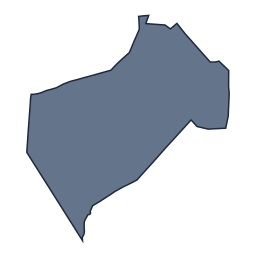 Magdalena Peñasco, Oaxaca, Mexico
{"feature_id": "50627088B16316446425098", "entity_name": "Magdalena Peñasco", "entity_type": "district", "adm_level": 2, "iso_a3": "MEX", "parent_name": "Mexico", "parent_adm1": "Oaxaca", "projection": "robinson", "projection_center": [-97.559, 17.235], "detail": "fine", "context": "isolated", "style": "filled", "palette": "slate", "viewbox_px": 256, "rotation_deg": 0, "n_neighbors": 0, "source": "geoboundaries", "source_scale": "gbopen_adm2", "svg_char_len": 1124}
<svg xmlns="http://www.w3.org/2000/svg" viewBox="0 0 256 256"><path d="M31.2,94.3L30.6,98.2L30.1,105.9L29.8,109.8L29.5,113.7L29.3,116.6L28.4,128.7L26.8,152.3L27.3,153.2L44.7,180.7L55.3,197.5L82.5,240.6L82.4,238.8L82.3,237.2L83.0,236.1L83.6,235.1L84.1,233.4L84.4,231.1L84.3,229.1L84.1,227.2L84.2,225.4L84.2,224.1L84.2,222.6L84.5,221.2L85.3,219.4L85.9,218.4L87.9,214.7L89.8,214.4L90.5,213.0L90.6,212.9L90.1,211.5L90.8,210.0L92.5,206.0L92.6,205.7L100.2,201.2L111.1,194.1L114.9,191.5L122.8,187.1L131.6,182.8L136.8,180.1L154.5,160.5L166.9,146.5L183.7,128.1L190.2,120.9L191.1,120.0L197.0,126.5L208.1,129.1L225.7,128.2L228.2,116.2L229.2,93.8L228.6,86.6L228.7,70.5L218.9,61.1L215.6,62.0L210.2,62.0L208.5,60.1L206.2,57.5L202.6,53.5L184.9,33.5L176.9,23.4L170.4,28.9L165.0,25.0L145.8,23.6L148.7,15.4L142.7,15.9L140.5,16.2L138.6,16.4L138.8,17.8L139.2,26.1L139.3,29.3L136.0,36.9L134.5,40.2L130.9,48.9L129.4,52.5L121.3,59.8L117.3,63.5L112.8,68.2L111.0,70.2L102.4,72.6L84.3,77.6L76.4,79.8L70.3,81.4L63.2,84.1L56.5,87.7L50.4,89.5L46.6,90.5L41.2,92.7L38.0,93.6L33.1,94.4L31.2,94.3Z" fill="#64748b" stroke="#1e293b" stroke-width="1.5"/></svg>